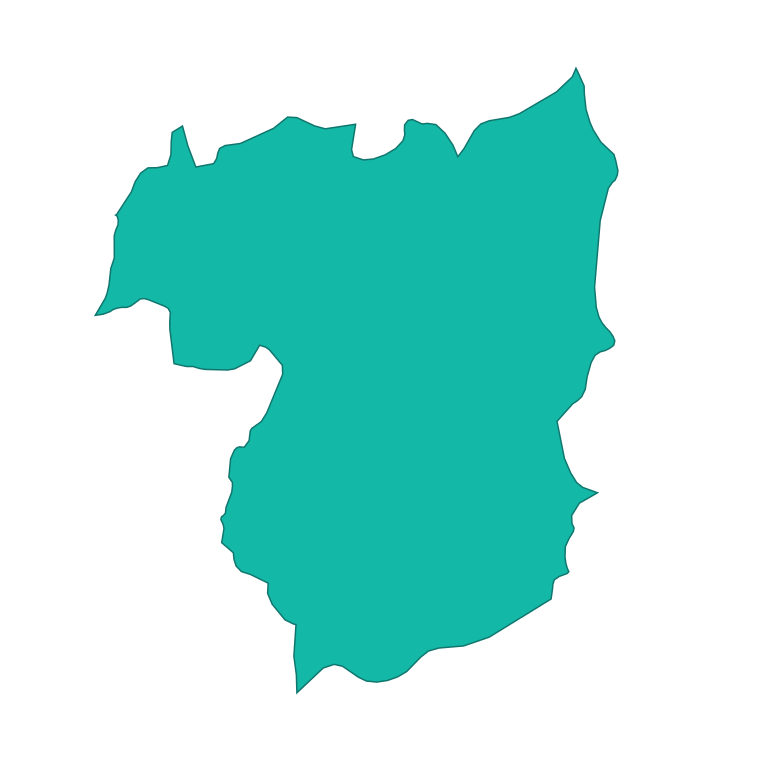 an SVG outline of Vila Real, rotated 349°
{"feature_id": "PRT-756", "entity_name": "Vila Real", "entity_type": "District", "adm_level": 1, "iso_a3": "PRT", "parent_name": "Portugal", "parent_adm1": "", "projection": "orthographic", "projection_center": [-7.677, 41.533], "detail": "fine", "context": "isolated", "style": "filled", "palette": "teal", "viewbox_px": 768, "rotation_deg": 349, "n_neighbors": 0, "source": "natural_earth", "source_scale": "10m", "svg_char_len": 2581}
<svg xmlns="http://www.w3.org/2000/svg" viewBox="0 0 768 768"><g transform="rotate(349 384 384)"><path d="M152.8,167.0L153.8,166.7L172.7,147.2L178.3,138.0L185.3,130.6L193.5,126.8L202.6,128.4L213.2,128.2L218.6,118.2L221.4,105.4L224.1,96.6L235.4,92.3L236.9,113.0L240.7,135.1L258.8,135.2L262.8,130.7L264.8,125.8L267.5,121.5L273.5,119.6L288.9,120.5L324.3,112.0L340.3,103.6L349.3,105.9L365.1,117.4L375.0,122.3L405.7,123.6L396.9,147.7L397.3,154.9L406.5,160.1L416.6,161.1L428.7,159.3L440.4,155.1L449.0,148.9L452.0,143.3L452.6,138.1L453.7,133.5L458.0,129.8L462.4,129.8L471.0,136.0L476.5,136.5L484.5,139.3L491.8,149.5L497.3,162.8L499.8,175.0L507.3,168.4L521.0,152.5L528.7,147.2L537.3,145.7L558.1,146.2L568.4,144.5L608.8,130.3L627.5,118.4L632.7,110.7L633.8,114.6L637.3,129.6L636.0,137.5L634.7,153.0L636.1,166.5L637.8,174.2L643.0,187.9L653.5,202.5L654.1,208.6L654.3,219.2L652.8,223.6L649.8,227.9L646.5,229.8L641.6,234.6L627.4,264.9L609.2,329.0L607.0,349.2L607.8,359.4L609.7,365.6L612.4,370.8L615.6,375.6L617.9,380.9L618.8,385.7L616.9,389.8L612.7,391.9L607.7,393.3L602.4,393.7L596.8,396.0L591.4,402.5L584.8,415.6L580.5,427.7L575.6,434.2L570.7,437.3L565.5,439.4L546.7,453.7L546.9,491.5L550.3,507.0L554.3,517.5L559.3,523.4L572.8,531.5L553.1,538.2L543.1,548.9L541.9,556.9L543.1,561.6L541.8,564.8L536.1,571.1L531.0,578.2L528.7,588.1L528.3,594.5L528.7,599.6L529.6,603.6L527.5,605.0L519.4,606.3L513.8,608.7L511.5,613.0L510.5,616.7L507.0,626.9L439.1,652.5L412.3,656.3L388.0,653.7L386.6,653.7L376.6,654.6L368.1,659.0L351.5,670.5L341.8,674.0L330.9,675.7L319.9,675.2L310.0,672.2L302.8,666.8L289.5,653.2L281.6,649.7L270.1,651.2L239.6,670.5L242.5,652.6L243.6,634.0L251.7,603.4L249.2,602.2L241.8,596.6L232.2,578.8L229.8,567.3L232.3,557.4L216.6,545.5L208.2,540.9L204.1,534.4L203.3,527.7L203.9,520.9L194.4,508.8L199.4,495.2L199.3,491.1L198.0,485.9L199.2,483.3L201.1,482.6L203.7,480.5L205.4,475.0L213.9,461.1L215.7,455.6L216.4,451.6L213.9,446.0L219.2,428.0L224.5,420.4L227.4,418.5L230.2,418.1L234.7,419.5L240.8,413.8L243.7,404.6L245.7,402.4L256.5,397.4L263.5,389.8L286.4,355.1L287.8,346.2L278.1,328.7L275.1,325.4L269.3,322.2L257.4,335.7L240.3,340.6L233.1,340.4L211.0,335.5L205.6,333.4L199.9,330.4L193.4,329.1L181.8,324.0L184.2,289.8L185.5,282.4L187.9,272.9L186.5,268.4L183.5,265.8L168.7,256.2L164.9,254.4L161.1,254.0L150.3,259.1L146.1,259.7L141.0,258.7L136.6,258.6L132.4,259.2L128.8,260.7L121.5,261.9L113.7,261.5L126.9,246.5L129.7,241.7L132.9,234.5L137.9,218.4L143.3,208.9L147.5,186.9L150.2,181.5L153.3,177.0L154.4,172.4L154.2,168.5L152.8,167.0Z" fill="#14b8a6" stroke="#0f766e" stroke-width="1.5"/></g></svg>